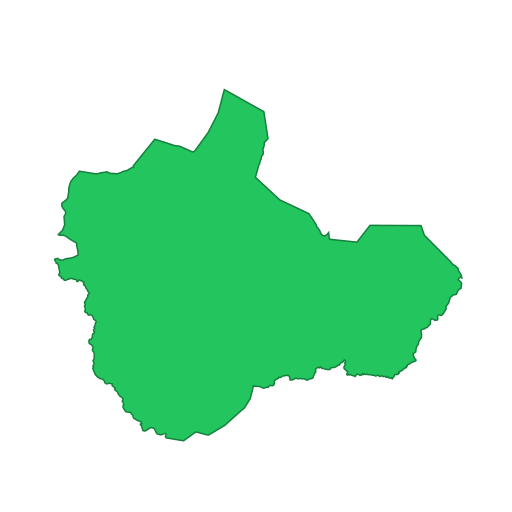 Mabote, Inhambane, Mozambique, rotated 260°
{"feature_id": "85939544B65323255513357", "entity_name": "Mabote", "entity_type": "district", "adm_level": 2, "iso_a3": "MOZ", "parent_name": "Mozambique", "parent_adm1": "Inhambane", "projection": "albers", "projection_center": [33.733, -22.104], "detail": "fine", "context": "isolated", "style": "filled", "palette": "green", "viewbox_px": 512, "rotation_deg": 260, "n_neighbors": 0, "source": "geoboundaries", "source_scale": "gbopen_adm2", "svg_char_len": 5973}
<svg xmlns="http://www.w3.org/2000/svg" viewBox="0 0 512 512"><g transform="rotate(260 256 256)"><path d="M198.7,454.9L201.8,454.7L206.4,452.9L209.4,452.6L210.2,451.5L211.5,450.8L213.0,448.9L215.5,447.1L216.4,446.8L247.2,425.4L257.3,423.8L266.4,373.6L252.1,357.8L259.6,331.7L260.7,331.2L266.5,331.6L264.8,329.6L264.0,328.0L264.2,325.9L265.1,324.8L267.3,323.7L269.8,323.2L274.7,320.9L277.0,320.5L288.5,315.5L307.1,289.2L333.6,269.1L344.9,274.5L346.3,275.6L349.2,276.8L350.5,277.9L352.7,278.4L355.3,280.9L356.9,281.2L359.6,281.3L363.1,283.1L366.4,284.0L369.5,288.2L396.7,288.8L425.4,253.7L403.5,243.6L386.0,230.4L370.2,214.1L369.6,213.1L369.5,212.3L369.8,211.1L377.4,199.9L378.8,195.2L388.2,177.4L388.5,176.5L366.3,151.0L364.8,150.9L364.6,149.0L362.6,143.9L362.4,140.1L361.5,136.7L361.1,133.4L361.2,132.3L362.1,130.3L362.2,128.4L362.8,126.8L363.7,125.1L364.9,123.9L364.7,123.3L364.9,117.7L364.5,113.9L364.6,112.9L370.2,96.7L367.1,93.8L364.3,89.5L361.8,86.8L359.6,85.4L355.6,83.5L351.7,82.7L345.6,80.5L344.0,78.4L341.8,74.1L341.1,73.8L339.3,73.5L337.0,73.9L333.3,75.9L331.6,76.1L330.3,75.6L328.3,73.8L320.0,73.0L314.8,69.8L312.5,66.4L311.3,65.0L310.5,66.5L310.1,69.3L308.9,71.7L304.5,76.1L300.0,81.4L299.1,81.6L297.8,81.2L292.1,81.4L287.6,81.0L287.4,79.2L286.8,77.8L286.6,76.3L286.2,74.9L286.3,73.5L285.9,72.2L286.3,71.4L286.3,67.8L285.5,65.0L286.0,62.8L286.8,61.4L288.1,60.3L287.9,57.4L286.9,57.1L284.4,58.0L283.5,58.0L283.4,58.9L281.5,59.8L273.6,59.9L272.4,58.7L271.5,58.6L270.7,58.9L269.6,60.3L267.8,60.7L267.3,62.0L265.8,62.7L265.3,63.4L265.1,64.1L265.3,65.3L265.8,66.5L265.7,68.1L266.2,69.0L266.1,69.6L265.5,71.6L264.8,72.3L264.4,74.2L263.8,74.9L262.4,75.0L261.9,75.5L262.1,76.7L263.0,77.1L263.1,77.5L263.0,78.2L262.1,79.0L261.9,80.2L260.8,80.7L260.4,81.7L259.9,82.2L259.2,82.0L258.5,81.3L257.3,81.4L255.9,82.7L253.8,83.0L252.8,83.7L249.9,84.5L248.6,85.5L247.4,84.6L247.1,83.7L244.7,83.0L242.2,80.7L240.9,80.2L240.7,79.9L240.7,79.3L240.4,79.1L239.0,79.1L238.5,79.5L237.9,79.5L237.2,79.0L236.9,78.5L236.5,78.4L234.5,78.8L232.0,78.4L231.5,77.7L230.1,78.1L229.5,79.7L227.0,80.5L226.7,81.2L227.0,83.1L225.8,84.2L223.6,85.2L222.4,85.0L221.1,85.9L220.2,86.9L219.4,87.2L218.6,86.9L217.6,86.1L215.9,85.6L213.9,84.1L213.2,84.6L212.5,84.6L211.6,83.2L210.2,83.2L208.9,83.8L208.4,83.4L207.4,81.4L205.3,81.0L202.9,79.7L202.6,79.1L202.8,78.0L202.7,77.4L201.3,76.7L199.6,76.5L198.6,76.7L196.9,78.9L193.7,79.8L192.7,78.7L191.7,78.6L191.1,78.6L189.6,79.6L186.5,79.6L185.2,79.1L182.9,78.8L181.3,77.3L179.6,77.7L177.5,77.7L176.9,77.4L176.0,76.2L174.2,76.5L173.3,75.7L170.8,76.4L169.9,76.4L169.3,76.9L168.1,76.8L167.2,77.1L165.8,78.1L164.1,79.0L163.6,79.9L162.4,80.8L162.1,82.0L161.1,83.8L159.3,85.0L157.6,85.0L156.1,86.4L155.9,87.4L156.3,88.8L155.0,92.2L154.2,92.3L153.4,91.8L151.4,93.5L150.7,94.3L150.3,94.4L149.5,93.6L148.8,93.7L146.1,96.0L144.6,96.2L141.8,97.5L139.1,100.1L138.0,100.2L136.8,99.6L136.3,99.0L135.0,99.7L132.6,99.9L131.6,99.0L129.9,98.8L126.1,100.2L125.0,101.2L123.9,104.9L120.9,106.8L117.5,107.4L114.9,110.4L112.9,113.5L112.2,114.2L110.9,114.4L110.6,114.0L110.7,113.0L110.5,112.8L108.3,113.8L103.9,114.2L103.2,115.2L102.9,116.7L105.1,121.8L105.2,123.0L104.7,124.3L103.6,125.9L98.9,127.2L97.7,128.1L96.4,131.2L96.5,132.5L97.0,135.0L96.9,135.9L96.5,136.3L95.7,136.7L94.0,135.4L92.5,135.9L86.6,152.6L93.2,166.3L88.6,176.1L88.0,177.8L88.0,178.4L94.6,195.8L106.7,215.2L108.2,218.1L116.6,225.6L128.6,231.0L128.2,231.6L126.7,237.3L124.9,239.6L124.5,240.7L124.9,244.0L124.6,245.4L125.5,246.1L126.0,246.9L126.0,248.0L125.4,249.3L125.7,250.8L126.9,251.9L129.4,252.3L130.7,253.6L131.1,255.1L131.8,255.8L131.6,256.8L132.6,257.5L132.1,259.2L132.9,260.7L133.3,262.2L132.9,263.2L133.4,264.5L132.8,265.9L133.0,267.0L131.6,267.9L129.7,268.2L128.2,268.0L127.8,268.3L127.7,270.9L128.1,271.2L128.1,272.3L128.8,273.7L128.7,274.2L128.0,275.3L127.6,277.0L127.8,278.5L127.1,279.5L126.6,282.3L125.1,284.1L124.9,285.8L125.6,286.6L125.5,288.7L125.9,289.2L125.7,289.8L126.0,290.8L128.3,292.1L130.3,293.5L131.3,294.6L132.2,294.9L133.1,294.7L134.1,295.0L135.5,297.2L135.5,298.2L134.9,298.6L134.8,299.1L135.6,299.8L135.6,300.6L134.6,300.9L133.7,301.6L133.8,302.3L132.2,305.4L131.5,307.5L131.5,308.9L131.6,309.5L132.7,310.3L132.8,310.8L132.9,311.8L132.6,313.8L133.3,316.3L134.4,317.9L134.1,319.1L135.9,320.7L136.5,323.1L138.1,324.5L138.3,325.0L137.9,325.5L136.7,325.9L135.4,324.9L133.4,324.9L131.3,323.3L130.4,323.1L129.3,323.6L126.2,326.0L125.3,325.9L123.9,324.8L122.9,325.2L122.8,325.6L123.3,326.6L122.6,327.4L123.0,328.2L121.4,330.2L121.2,331.6L120.1,332.5L120.1,332.8L121.8,334.5L122.1,335.5L121.4,336.3L121.1,337.0L120.3,337.7L120.6,338.4L120.4,339.4L120.5,339.8L121.5,340.4L121.6,340.7L121.4,341.1L120.6,341.5L120.9,342.4L120.3,343.2L120.4,344.3L119.7,345.7L119.2,348.5L118.6,349.1L118.1,351.3L116.9,353.2L117.5,354.7L117.2,355.8L115.9,356.7L116.1,359.0L115.9,359.6L115.1,360.2L115.2,361.9L113.9,363.2L113.9,363.6L114.5,364.8L113.2,365.2L112.4,367.0L112.6,368.0L111.4,368.8L113.3,371.0L114.7,371.7L115.2,372.2L114.7,374.2L115.0,375.6L115.8,375.7L116.1,375.9L115.8,376.5L116.9,376.7L117.2,377.8L117.7,378.1L117.6,378.9L117.8,379.9L118.8,381.1L119.1,382.1L119.7,382.5L119.9,384.6L120.5,385.0L120.6,384.5L121.1,384.6L121.6,385.5L121.6,385.9L122.4,386.2L123.0,387.4L122.9,388.3L124.1,390.3L124.2,391.7L124.6,392.8L124.7,394.0L125.3,395.4L126.0,395.5L128.0,394.2L131.5,393.7L132.5,393.9L133.8,396.6L136.8,397.5L139.2,398.7L141.2,400.7L143.1,401.3L145.1,402.8L146.8,404.7L149.7,405.4L153.1,405.4L154.5,406.1L155.0,407.3L154.9,409.0L155.9,411.2L155.8,412.1L157.7,414.3L158.0,415.1L159.0,416.0L162.5,416.7L163.7,417.8L163.2,419.2L161.7,420.9L161.4,423.3L162.5,424.2L164.7,424.2L165.6,424.6L166.3,426.1L166.2,426.6L165.4,427.6L165.3,428.4L166.4,430.2L171.0,434.2L173.3,434.2L176.0,437.4L181.3,440.0L183.6,443.9L183.3,445.6L183.6,446.8L187.1,449.0L188.7,452.4L193.4,453.7L194.9,453.1L197.4,451.2L198.0,451.1L198.7,451.8L199.6,453.4L198.7,454.9Z" fill="#22c55e" stroke="#15803d" stroke-width="1.5"/></g></svg>